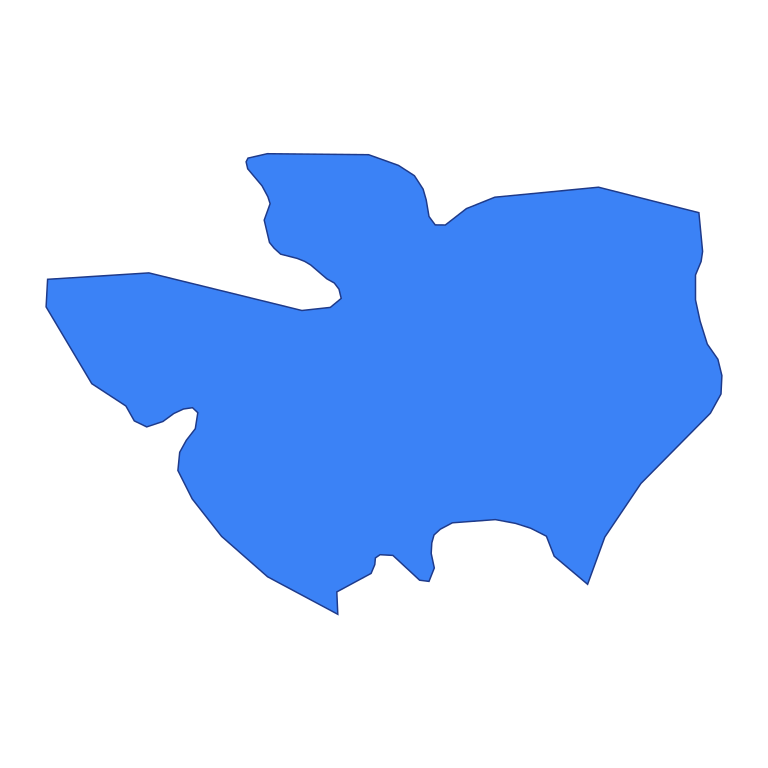 the Municipality of Sevnica
{"feature_id": "SVN-988", "entity_name": "Sevnica", "entity_type": "Municipality", "adm_level": 1, "iso_a3": "SVN", "parent_name": "Slovenia", "parent_adm1": "", "projection": "mercator", "projection_center": [15.262, 46.004], "detail": "fine", "context": "isolated", "style": "filled", "palette": "blue", "viewbox_px": 768, "rotation_deg": 0, "n_neighbors": 0, "source": "natural_earth", "source_scale": "10m", "svg_char_len": 1149}
<svg xmlns="http://www.w3.org/2000/svg" viewBox="0 0 768 768"><path d="M598.5,187.2L698.9,212.7L702.6,251.4L701.1,261.5L695.5,275.0L695.5,299.9L700.1,321.1L707.3,344.1L717.9,359.3L721.9,375.6L721.0,394.0L710.4,413.2L640.9,483.5L604.8,537.1L587.6,584.3L554.2,556.2L546.4,536.2L530.6,528.2L515.6,523.4L495.4,519.6L452.4,522.8L440.3,529.2L434.0,535.0L431.8,542.9L431.2,553.4L434.3,568.0L429.0,581.4L419.6,580.2L392.9,555.4L380.1,554.7L375.4,557.9L374.8,564.6L371.1,573.4L336.8,591.9L337.8,614.3L267.6,576.8L221.6,536.4L192.2,498.9L177.9,470.5L179.7,452.3L186.3,440.3L195.3,428.7L197.8,412.7L192.5,407.7L183.5,409.0L173.8,413.5L162.9,421.5L146.7,426.9L134.3,420.9L125.9,406.0L91.8,383.7L46.1,306.9L47.6,279.3L148.9,272.9L301.9,310.5L330.3,307.4L341.2,298.4L339.0,289.2L334.3,283.0L326.8,278.8L310.6,264.9L304.7,261.4L297.2,258.4L280.7,254.2L274.2,248.3L269.5,242.5L264.2,220.1L270.1,203.7L267.9,196.8L262.0,185.8L247.7,168.8L246.1,161.8L248.0,158.1L267.3,153.7L368.6,154.7L398.5,165.4L414.4,175.7L423.1,189.1L426.2,199.9L429.0,216.5L435.2,224.9L445.3,225.0L466.4,208.6L494.8,197.2L598.5,187.2Z" fill="#3b82f6" stroke="#1e3a8a" stroke-width="1.5"/></svg>